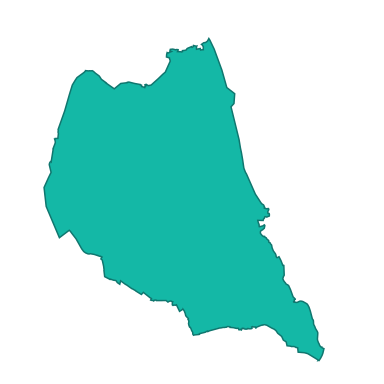 outline of Aalten, Gelderland, Netherlands, rotated 276°
{"feature_id": "6326949B6406677734864", "entity_name": "Aalten", "entity_type": "district", "adm_level": 2, "iso_a3": "NLD", "parent_name": "Netherlands", "parent_adm1": "Gelderland", "projection": "mercator", "projection_center": [6.543, 51.914], "detail": "fine", "context": "isolated", "style": "filled", "palette": "teal", "viewbox_px": 384, "rotation_deg": 276, "n_neighbors": 0, "source": "geoboundaries", "source_scale": "gbopen_adm2", "svg_char_len": 5753}
<svg xmlns="http://www.w3.org/2000/svg" viewBox="0 0 384 384"><g transform="rotate(276 192 192)"><path d="M37.7,336.0L40.2,337.3L43.0,338.4L45.3,339.0L50.0,339.6L50.6,337.7L51.3,337.4L51.2,337.2L51.2,336.8L52.1,335.6L52.9,334.9L54.3,334.3L54.7,333.9L57.1,332.6L58.8,332.1L64.3,331.9L65.5,331.7L66.5,331.1L69.3,329.0L71.0,328.2L72.8,327.0L73.6,326.7L76.7,326.2L77.8,325.6L78.3,325.0L86.0,322.1L89.7,320.4L91.9,318.9L92.8,318.0L94.6,313.9L94.8,313.0L94.9,311.7L94.7,310.6L93.3,308.3L93.1,307.7L93.1,304.9L93.2,304.6L93.6,304.5L94.3,305.3L95.3,304.9L95.7,305.0L95.9,305.2L96.1,305.9L96.3,305.9L98.3,303.5L105.3,300.1L109.0,297.9L109.8,296.7L109.9,296.1L110.4,295.1L111.0,294.7L112.9,292.8L114.9,291.5L115.2,291.4L117.2,291.7L118.9,292.4L128.6,291.0L128.7,290.8L128.5,290.0L133.0,287.7L136.7,285.3L135.7,283.8L135.6,283.3L135.8,283.0L136.9,282.3L137.8,282.2L139.3,281.4L142.0,279.0L144.9,277.5L147.6,276.7L148.7,275.5L149.7,274.9L149.9,274.6L150.0,273.8L150.2,273.6L150.6,273.5L151.8,273.3L153.1,271.3L154.1,270.7L154.3,270.4L154.4,269.8L155.1,269.0L155.4,268.9L155.5,268.3L155.1,268.1L155.4,267.3L155.7,266.7L157.2,265.1L158.2,264.3L159.9,264.2L160.6,264.6L162.0,266.4L162.9,267.0L163.3,267.6L165.2,267.9L166.4,267.9L166.9,267.3L166.0,266.4L165.5,265.6L165.2,264.6L164.6,263.1L164.6,262.5L166.7,262.1L167.2,261.9L167.6,261.5L168.5,261.2L169.3,260.8L170.7,260.4L171.1,265.7L172.7,266.0L173.5,266.7L174.7,266.9L175.1,267.2L175.2,267.3L175.1,267.9L174.9,268.6L174.9,269.1L175.5,269.9L175.9,271.1L176.3,271.4L177.8,271.3L178.4,271.1L178.7,270.9L178.8,270.6L178.6,269.9L178.8,269.7L180.3,269.4L182.1,270.1L182.6,270.2L183.1,270.1L183.6,269.4L183.2,268.7L183.1,268.4L183.2,267.2L183.6,266.5L183.4,265.7L183.6,265.5L184.0,265.7L184.9,265.6L185.2,265.2L186.0,265.0L186.3,264.8L186.8,264.2L187.4,262.9L188.0,262.3L188.0,262.1L196.5,255.2L215.6,244.3L217.2,243.1L221.1,241.1L229.7,238.9L236.1,237.1L240.7,235.6L249.1,233.3L280.8,221.9L284.4,224.5L294.2,224.2L299.5,215.7L316.3,209.0L334.2,200.2L336.3,199.2L341.8,195.8L344.9,193.9L346.4,192.7L343.9,191.7L343.5,191.4L342.2,190.0L341.6,188.0L339.8,186.0L339.3,186.8L337.6,188.1L335.6,188.2L334.7,188.4L334.4,186.7L334.1,185.7L335.6,185.2L334.4,181.6L336.5,181.3L337.6,181.5L337.5,181.3L337.6,179.8L337.9,178.1L337.5,178.0L336.8,178.1L335.8,177.0L335.8,176.8L336.5,176.3L334.6,172.8L334.1,172.1L332.7,171.4L332.2,170.4L331.6,167.7L330.6,167.8L330.5,167.4L330.2,167.0L330.3,165.9L330.1,162.9L331.2,163.3L332.1,163.3L332.1,162.0L332.0,161.4L331.7,160.9L332.0,159.0L332.1,157.8L331.6,155.5L330.0,155.3L329.6,156.9L327.8,153.8L327.8,153.4L328.1,152.7L326.1,152.4L323.6,152.5L323.0,155.5L322.8,155.5L320.0,156.7L308.4,152.9L306.1,150.7L301.3,146.7L297.1,142.9L294.1,140.2L293.2,137.4L294.3,135.1L293.8,134.2L293.1,135.2L291.9,134.5L292.1,134.1L290.9,134.0L291.4,132.4L291.5,131.7L291.9,131.2L291.6,131.0L291.7,130.8L293.0,130.6L293.1,129.4L293.5,129.3L293.9,123.9L294.3,120.9L294.7,118.3L294.7,117.4L294.4,116.4L294.2,116.5L293.9,116.0L292.5,109.8L286.5,103.9L291.5,94.9L291.7,95.1L294.6,90.1L297.1,88.1L297.8,87.4L300.0,83.6L301.7,81.3L302.2,80.1L301.9,78.8L301.9,77.6L301.6,76.4L301.6,73.4L301.2,73.4L299.6,72.1L298.7,71.1L293.8,65.7L291.4,64.4L285.9,61.8L276.2,59.9L259.3,56.9L240.2,52.3L238.8,52.6L237.6,52.5L236.2,53.0L231.3,53.0L230.9,50.3L230.4,50.3L230.3,49.8L228.5,50.6L226.6,50.9L220.6,49.3L220.6,49.5L207.4,48.8L207.8,48.4L207.0,47.8L206.1,47.4L205.0,47.2L204.2,47.2L196.8,49.8L191.3,47.8L181.0,44.4L162.4,48.5L132.7,64.9L141.1,73.9L140.2,75.1L137.7,77.4L133.3,81.6L124.0,88.2L121.5,90.5L120.3,92.6L119.6,95.0L119.6,96.3L120.0,97.2L119.7,101.3L119.1,104.0L119.1,104.7L119.0,105.2L118.8,105.2L118.3,107.9L118.5,108.0L117.9,109.3L116.8,108.7L115.9,108.4L115.0,109.8L114.2,110.1L108.8,111.9L105.3,112.7L104.8,112.6L98.7,114.0L96.9,118.6L96.5,119.5L96.8,119.6L96.8,120.0L96.1,123.1L96.0,125.5L95.9,125.7L94.1,127.2L92.7,129.8L96.2,130.3L93.1,135.6L93.2,135.8L92.6,136.9L90.0,141.5L89.6,142.2L89.4,143.0L88.1,145.9L88.1,146.1L87.7,146.4L84.8,152.4L87.1,154.1L82.5,161.3L81.8,162.8L80.2,162.2L80.0,163.1L80.0,163.3L80.0,164.6L79.6,165.3L79.9,165.6L80.4,165.7L80.7,167.0L80.6,167.9L80.3,168.0L81.3,177.1L81.4,177.5L80.0,179.6L80.6,180.3L81.1,181.3L81.3,182.1L81.3,182.5L80.7,184.3L80.3,184.0L78.6,184.1L77.7,184.2L77.4,184.6L77.2,184.9L77.2,185.0L77.7,185.8L77.6,186.0L77.7,186.9L77.6,187.2L78.2,188.3L72.0,192.1L74.4,195.1L74.2,195.4L74.4,195.4L73.1,196.6L70.6,197.9L68.3,198.7L67.3,199.7L65.8,201.6L64.9,201.3L64.4,201.8L62.9,202.4L60.5,202.3L60.1,202.6L59.3,202.7L58.7,203.2L57.8,203.4L57.2,204.0L57.3,204.3L56.3,205.1L54.0,206.2L53.2,206.9L52.4,207.4L51.0,207.6L50.3,207.9L49.7,208.6L50.1,209.3L51.0,213.7L51.2,214.3L51.9,214.2L53.3,218.2L53.9,219.8L55.3,221.8L54.8,222.3L55.8,223.9L59.2,232.7L59.5,233.2L60.0,235.5L60.5,236.9L60.7,238.8L60.9,239.0L61.1,240.3L61.9,241.3L62.0,243.2L61.8,243.9L61.8,244.0L61.3,244.0L61.4,247.5L61.2,248.7L61.0,250.7L61.3,252.2L60.5,252.8L59.9,253.0L59.9,253.6L60.0,253.8L60.5,254.3L60.4,255.0L59.9,255.2L59.8,255.4L60.5,255.9L61.2,255.9L61.7,256.1L61.8,257.6L61.6,257.6L61.4,257.8L61.2,259.2L61.4,260.9L61.5,260.9L61.6,261.3L62.2,261.9L61.9,262.6L61.9,263.0L62.2,265.1L62.3,265.2L62.6,265.9L63.4,265.8L64.0,265.5L64.2,266.0L64.5,266.4L64.2,267.2L64.2,268.0L64.4,268.5L64.5,268.9L63.4,269.7L63.6,270.0L64.2,270.2L64.6,270.9L66.1,273.7L66.9,275.4L67.0,276.4L67.3,276.5L67.7,278.4L67.5,278.8L67.4,280.1L65.1,285.3L64.2,287.9L63.1,289.8L62.1,290.7L60.5,292.0L57.8,296.2L57.2,296.6L54.3,298.3L52.9,301.1L52.6,301.4L49.0,302.6L49.0,305.7L48.8,306.8L48.7,307.2L49.0,309.6L48.8,310.5L48.4,311.5L48.2,311.8L48.3,312.0L48.1,313.4L43.8,314.3L43.9,320.6L43.8,321.4L43.3,324.1L42.7,325.4L38.0,335.3L37.6,335.1L37.8,335.7L37.7,336.0Z" fill="#14b8a6" stroke="#0f766e" stroke-width="1.5"/></g></svg>